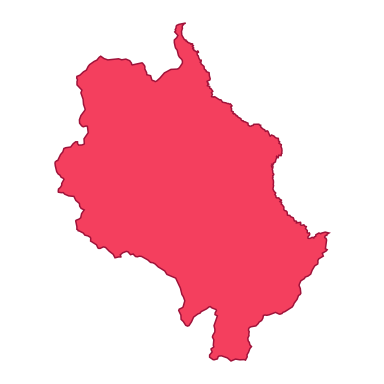 San Agustín, Huila, Colombia (Albers equal-area conic projection)
{"feature_id": "7082276B97741553625130", "entity_name": "San Agustín", "entity_type": "district", "adm_level": 2, "iso_a3": "COL", "parent_name": "Colombia", "parent_adm1": "Huila", "projection": "albers", "projection_center": [-76.402, 1.927], "detail": "fine", "context": "isolated", "style": "filled", "palette": "rose", "viewbox_px": 384, "rotation_deg": 0, "n_neighbors": 0, "source": "geoboundaries", "source_scale": "gbopen_adm2", "svg_char_len": 5907}
<svg xmlns="http://www.w3.org/2000/svg" viewBox="0 0 384 384"><path d="M185.7,23.0L178.8,24.4L176.7,25.4L176.2,26.2L176.0,28.1L175.2,29.6L175.7,30.8L174.7,31.9L177.9,35.4L176.8,37.6L174.3,40.0L174.3,42.6L175.1,46.4L175.5,47.9L177.2,50.2L178.4,55.3L179.4,57.1L181.7,59.4L182.4,60.8L182.4,63.2L179.7,67.3L178.4,68.6L177.0,69.1L170.9,69.4L164.4,72.9L159.9,78.1L156.7,81.0L155.2,81.6L153.7,80.7L152.5,80.5L151.8,79.8L150.6,75.7L146.8,74.7L146.6,72.6L144.8,68.9L144.9,66.7L144.5,65.6L142.4,63.0L141.7,62.9L132.4,64.9L131.7,64.6L131.5,63.2L129.7,60.7L125.9,59.1L121.7,59.8L118.6,58.8L107.8,59.9L104.1,58.6L100.7,56.2L99.2,57.3L96.8,60.2L94.3,61.3L89.6,64.6L88.2,66.4L86.4,70.1L83.5,71.8L80.0,75.1L76.9,76.4L76.7,78.1L77.5,79.8L77.0,81.5L77.0,84.9L81.9,90.1L80.9,92.9L83.1,99.2L83.5,104.3L85.2,109.3L84.7,110.5L80.9,115.6L79.4,119.8L79.6,123.2L81.7,125.9L83.2,126.8L86.0,126.0L87.4,126.3L88.2,132.7L84.0,138.8L84.3,143.6L83.9,144.2L81.8,145.0L78.7,145.1L77.6,143.7L77.5,141.8L75.6,141.8L73.2,143.7L70.7,147.0L65.8,147.7L63.9,148.5L62.9,151.8L60.6,154.5L57.7,160.5L56.7,160.7L55.2,162.0L55.0,163.3L55.3,165.9L56.7,171.7L58.2,174.0L60.0,175.2L61.1,177.2L63.4,178.4L64.0,179.3L61.7,183.5L61.7,185.3L60.3,187.5L58.5,189.0L58.2,191.2L58.4,192.2L61.3,192.7L63.3,192.6L64.6,194.1L68.7,195.9L73.9,196.4L75.8,200.4L79.4,203.5L79.7,206.2L81.1,208.4L84.2,209.9L81.6,213.6L80.7,217.8L79.0,219.1L76.2,220.2L75.7,220.9L76.9,226.8L76.9,229.4L77.7,229.7L78.2,230.8L79.3,231.0L83.4,233.1L84.8,235.1L87.9,235.9L90.3,237.3L90.7,238.2L90.6,241.1L96.5,244.8L97.9,247.9L98.7,248.4L100.1,248.4L103.4,246.9L105.5,247.4L109.2,251.2L113.2,254.3L115.0,257.8L118.8,256.9L120.8,257.0L120.9,256.3L120.2,254.9L122.7,252.8L126.3,251.4L128.0,251.8L130.5,254.7L133.1,254.0L135.5,256.5L137.4,256.8L139.3,256.2L141.5,256.4L147.8,259.9L150.5,262.4L153.1,262.8L155.2,264.0L158.3,267.0L164.7,270.9L166.9,274.4L175.7,278.1L180.4,288.1L181.9,294.4L183.4,296.8L184.8,300.8L183.1,306.9L182.3,307.7L179.2,309.2L178.7,310.5L180.9,315.1L181.1,319.4L183.3,321.5L185.7,325.3L187.5,326.1L189.0,325.6L191.5,321.8L193.6,317.1L197.8,314.0L200.1,313.1L201.2,311.6L206.5,308.9L209.2,306.8L210.3,306.6L211.9,307.9L216.0,309.5L216.5,310.6L215.2,312.7L215.0,314.6L217.4,315.9L214.0,325.7L214.9,329.3L214.8,332.0L212.9,335.3L212.4,337.0L213.8,339.8L213.3,345.3L213.8,346.7L213.7,347.1L211.1,348.8L211.1,349.7L212.0,351.4L212.0,352.1L209.6,355.0L209.6,357.2L213.0,359.6L214.1,359.8L217.4,358.9L218.2,356.6L219.0,356.1L221.4,355.8L227.4,357.9L231.0,361.0L235.5,359.1L239.8,359.8L244.1,359.6L245.5,360.1L247.2,356.9L247.0,354.8L248.5,352.3L249.9,348.5L251.5,346.6L249.8,344.7L249.3,342.3L248.3,341.1L248.0,339.8L247.8,338.0L249.0,335.7L248.8,334.1L249.2,331.6L248.5,330.3L248.7,328.6L249.5,327.5L250.9,326.8L255.9,325.9L258.1,323.7L259.1,322.1L261.6,320.5L262.9,318.1L263.4,315.5L264.8,315.0L266.8,315.3L269.2,314.8L275.5,312.4L279.2,314.1L280.2,314.1L282.0,313.5L283.0,312.3L284.8,311.7L292.3,306.9L293.6,304.8L293.9,303.6L297.1,299.3L298.5,295.5L300.1,294.5L300.8,293.3L300.3,288.5L299.1,285.6L299.3,284.3L300.8,280.9L304.4,278.5L305.3,277.0L308.0,276.1L310.7,274.1L312.1,270.3L314.7,265.9L317.7,264.0L318.0,262.0L317.7,260.9L318.7,258.9L323.3,256.1L322.3,253.3L326.4,250.8L327.2,249.7L325.4,248.8L326.6,240.0L326.0,238.3L324.8,237.7L324.6,237.1L325.5,235.5L326.8,235.4L327.0,234.3L329.0,233.0L325.2,232.1L321.2,233.2L320.8,233.7L318.9,233.0L315.9,234.7L315.7,236.3L314.2,236.9L313.8,238.0L312.1,237.3L310.1,238.4L308.3,238.4L307.9,238.0L308.0,236.7L309.6,234.9L309.7,233.7L309.3,232.9L308.4,233.2L307.2,232.6L307.3,230.5L305.5,228.6L306.3,226.6L304.6,226.0L303.9,224.8L301.8,225.3L300.6,224.9L300.4,224.5L300.8,223.2L300.5,222.3L296.4,222.9L296.6,221.5L296.0,221.0L294.4,221.0L293.3,217.8L290.7,216.7L289.8,215.4L287.5,215.2L287.1,212.0L286.4,211.1L284.5,210.4L283.8,209.5L283.9,207.0L282.3,204.9L281.3,204.2L281.6,202.4L279.9,201.6L280.2,201.1L281.4,200.6L281.4,200.1L279.5,199.0L278.8,197.9L276.8,197.9L276.1,197.5L275.8,195.7L274.9,194.5L275.7,193.0L274.1,191.4L272.9,189.0L273.6,185.5L273.3,184.9L273.5,182.1L273.4,180.6L272.5,178.0L273.0,177.4L272.7,175.6L273.5,175.1L273.8,174.2L272.8,172.9L272.7,170.7L272.2,169.1L272.9,167.8L271.9,167.2L271.5,166.1L272.9,166.0L271.9,164.3L273.4,164.1L273.5,163.2L275.4,161.9L275.9,159.3L276.8,158.1L276.4,156.9L276.7,156.3L278.2,157.5L278.9,155.2L281.0,155.7L281.3,155.2L281.3,153.9L282.0,153.2L281.7,152.2L282.0,151.0L281.8,148.6L281.0,146.6L281.3,144.7L279.0,143.2L279.7,141.9L278.6,140.9L278.3,138.4L276.2,138.0L275.1,137.3L273.9,136.0L271.5,135.0L270.4,136.1L269.9,135.9L268.0,131.4L267.1,130.8L265.8,131.4L265.4,131.3L264.6,129.7L263.4,129.3L260.8,127.1L260.6,125.2L259.7,125.4L258.9,124.2L253.8,124.3L253.0,125.4L252.1,125.5L251.0,126.2L249.6,126.1L248.1,125.0L248.0,123.2L244.8,121.7L243.4,121.5L243.2,120.8L241.9,120.6L241.0,119.6L240.9,118.6L238.1,117.2L237.3,115.9L236.2,115.8L235.7,114.6L234.3,113.6L233.7,113.9L233.0,113.4L233.2,111.8L231.4,110.9L231.6,108.7L230.8,106.9L232.0,105.9L230.4,103.9L229.6,104.1L228.4,103.5L227.2,103.5L226.1,102.9L222.5,102.2L221.0,99.9L219.4,99.7L214.7,96.7L213.8,97.2L213.4,96.8L212.0,96.9L211.5,96.4L212.4,94.3L211.4,92.8L212.8,91.3L210.9,88.6L210.3,88.6L209.7,88.0L209.7,86.5L207.4,85.7L207.9,84.6L208.7,84.1L207.8,83.4L208.0,82.8L207.3,82.2L207.1,81.3L209.9,79.9L210.2,78.8L209.4,75.9L209.1,72.7L206.3,71.6L206.1,70.5L204.3,69.0L204.0,66.4L201.1,63.9L201.0,62.8L200.2,62.1L201.2,61.2L201.2,60.2L200.1,60.2L198.9,58.3L198.2,55.7L197.5,55.3L197.2,54.3L197.1,52.8L197.4,52.4L198.4,52.4L198.3,51.4L197.7,51.0L197.1,51.6L195.4,51.4L194.9,50.6L193.9,50.4L193.8,49.3L193.3,49.4L192.7,48.4L193.5,47.7L192.4,46.5L193.3,45.6L192.5,45.0L192.5,43.9L191.5,43.7L191.0,44.2L189.9,43.1L189.0,43.1L188.7,42.6L187.5,42.3L187.2,41.4L186.1,41.1L186.1,40.2L184.4,39.6L181.8,35.1L181.5,31.4L182.5,28.1L182.2,27.6L182.3,26.0L183.9,24.0L185.7,23.0Z" fill="#f43f5e" stroke="#9f1239" stroke-width="1.5"/></svg>